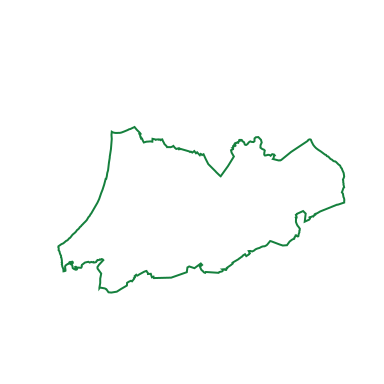 Kombo North, Banjul, Gambia (orthographic projection), rotated 339°
{"feature_id": "56634734B65078205245432", "entity_name": "Kombo North", "entity_type": "district", "adm_level": 2, "iso_a3": "GMB", "parent_name": "Gambia", "parent_adm1": "Banjul", "projection": "orthographic", "projection_center": [-16.683, 13.381], "detail": "fine", "context": "isolated", "style": "outline", "palette": "green", "viewbox_px": 384, "rotation_deg": 339, "n_neighbors": 0, "source": "geoboundaries", "source_scale": "gbopen_adm2", "svg_char_len": 6026}
<svg xmlns="http://www.w3.org/2000/svg" viewBox="0 0 384 384"><g transform="rotate(339 192 192)"><path d="M323.4,256.1L330.3,256.4L331.0,254.6L331.3,254.2L331.7,252.4L331.6,251.0L332.3,247.6L331.8,246.0L332.7,245.1L334.7,242.6L335.7,242.2L336.1,239.3L336.6,238.2L336.6,237.3L337.2,235.8L337.3,234.6L338.7,233.2L339.6,232.1L340.4,228.6L340.2,225.3L340.3,223.8L339.8,222.6L339.7,220.4L338.6,218.7L337.3,215.7L336.7,214.8L335.7,214.3L334.9,213.4L334.4,212.2L333.1,210.7L331.9,207.7L330.8,206.9L330.4,205.4L329.6,204.8L326.8,200.3L325.1,198.0L323.6,195.6L322.8,193.8L322.1,191.6L321.7,188.2L321.7,185.8L321.6,185.6L320.9,185.1L320.3,185.0L319.5,185.0L318.9,185.3L318.1,185.8L317.7,185.9L298.9,190.1L286.7,194.1L285.6,194.1L285.5,193.9L284.2,193.6L279.4,190.2L280.2,189.7L281.8,187.3L282.3,187.4L282.1,186.5L280.6,185.5L280.0,185.5L279.1,186.1L278.3,186.3L278.0,185.6L277.1,184.9L276.2,184.5L274.7,184.4L273.2,184.1L272.8,183.1L273.5,181.4L274.8,179.3L274.2,178.1L273.0,177.1L271.8,175.1L272.8,172.8L274.8,170.8L275.1,168.0L273.6,164.5L271.2,163.8L269.6,164.4L268.5,167.0L267.3,167.4L265.3,166.4L264.7,165.7L263.7,165.7L262.3,166.3L261.1,167.1L259.6,167.5L258.7,167.1L258.3,166.5L258.4,164.2L257.4,162.9L257.3,161.8L257.0,161.2L256.3,160.9L256.3,161.3L256.1,161.5L255.8,161.4L255.1,160.5L254.8,160.4L254.6,160.5L254.4,160.8L254.3,161.5L253.6,161.7L253.2,162.0L252.8,162.6L252.5,162.4L252.5,162.0L252.3,161.8L251.8,161.9L251.6,162.2L251.0,162.2L250.4,162.2L250.0,161.8L249.6,162.0L249.4,162.7L248.9,162.7L249.0,163.9L249.2,164.1L249.2,164.3L248.5,164.5L247.6,163.6L247.3,163.9L246.8,163.9L246.5,164.7L246.4,165.2L245.7,165.3L246.1,165.8L245.7,166.7L243.4,167.0L243.1,169.4L243.8,173.9L234.9,180.7L224.4,187.6L223.9,186.8L221.7,182.1L221.4,181.2L217.2,171.8L216.6,166.0L216.3,160.9L214.7,161.1L214.4,160.4L213.8,159.6L212.5,160.5L211.0,156.8L210.1,157.2L209.6,157.3L208.8,154.6L206.4,155.3L205.6,154.1L204.7,154.0L204.7,153.7L204.2,153.5L203.7,152.9L196.3,147.3L196.2,147.7L195.1,147.4L195.3,146.4L194.5,146.3L193.1,146.3L192.7,146.1L192.7,145.9L191.9,144.7L191.1,142.3L189.8,142.6L188.1,142.5L185.5,141.4L184.8,141.2L184.6,140.0L183.4,137.2L183.4,136.2L183.1,133.8L183.1,132.3L181.5,132.3L181.6,131.8L179.9,131.4L179.9,131.0L177.8,130.3L176.8,130.3L176.5,129.7L174.2,128.2L173.0,130.8L171.2,129.8L169.1,129.2L167.5,128.7L164.8,128.5L164.5,126.4L164.5,124.2L163.6,124.0L163.7,122.6L163.9,122.5L163.9,122.1L163.6,122.0L163.9,120.2L163.7,119.0L164.8,119.1L164.5,118.0L162.8,114.2L161.6,110.7L157.0,111.1L155.8,110.9L154.2,111.1L150.5,111.2L147.6,111.2L146.1,111.0L142.1,109.6L140.6,108.8L139.5,108.0L138.7,107.0L137.3,109.8L136.1,113.7L131.7,122.9L127.8,129.7L127.5,130.5L125.0,134.8L121.4,141.7L119.7,143.9L118.1,146.8L116.6,149.0L116.1,148.8L112.6,153.7L109.3,157.8L106.8,160.5L102.8,165.3L99.9,168.1L90.0,176.1L89.3,176.4L87.8,177.7L86.3,178.4L83.7,180.5L81.9,181.4L79.6,182.4L78.0,183.2L77.1,183.5L76.3,184.1L74.5,184.7L73.5,185.5L71.7,186.2L70.9,186.4L69.5,187.4L67.7,188.2L66.1,188.7L64.9,189.2L62.3,190.8L61.4,191.2L60.8,191.2L59.0,192.2L58.1,192.5L57.1,192.5L53.5,193.8L51.4,193.9L47.9,194.8L47.4,195.6L47.5,196.3L47.1,197.6L46.6,198.5L47.0,200.0L46.7,201.7L46.7,203.3L46.9,204.6L46.5,205.7L46.3,206.0L46.5,206.7L46.0,209.2L45.4,210.9L45.1,211.2L45.3,211.6L45.0,212.4L44.5,212.9L44.5,214.1L44.2,215.1L44.3,217.8L43.6,220.0L44.6,220.2L45.6,220.2L45.9,219.6L46.7,216.3L47.6,215.3L50.4,214.6L51.2,214.9L51.9,214.9L52.2,214.8L52.2,213.8L53.1,213.6L53.9,214.1L55.2,214.1L55.5,214.5L55.4,215.4L55.2,215.6L54.2,215.6L53.6,215.8L53.2,216.3L53.9,217.1L53.9,217.8L53.4,220.3L54.4,221.8L55.8,223.0L56.8,223.0L57.3,222.5L57.1,221.8L56.5,221.4L56.0,220.8L56.1,220.1L56.4,220.1L56.8,220.2L57.2,220.9L57.8,221.5L59.4,222.1L61.2,223.0L61.6,222.9L62.4,222.1L62.6,221.2L63.1,220.6L66.8,219.5L70.2,220.0L71.2,221.2L72.9,221.2L73.8,221.9L74.9,222.0L75.1,222.7L76.5,223.0L77.4,223.0L78.1,222.3L78.7,222.2L79.4,221.6L80.6,222.2L81.8,221.9L82.3,222.4L83.5,222.2L84.4,222.8L84.8,223.8L79.1,226.6L76.8,228.2L76.4,229.7L78.0,235.6L76.1,238.7L75.3,239.9L73.7,244.1L71.3,248.1L71.1,248.6L71.4,248.4L72.3,248.5L76.1,250.8L76.8,251.6L76.9,252.0L77.2,252.1L78.1,255.7L80.7,257.0L86.1,258.1L91.0,257.1L97.7,256.0L98.9,253.5L101.1,253.1L103.2,253.0L104.0,253.9L106.8,252.3L106.9,251.6L107.6,251.5L108.2,251.2L108.4,250.9L108.3,250.0L110.2,249.3L110.4,250.1L110.6,250.3L111.0,250.5L113.5,250.0L118.6,249.3L120.6,249.3L121.2,249.4L121.2,249.9L121.8,251.8L121.5,252.8L124.2,253.6L124.0,257.3L124.8,257.4L125.7,257.3L125.6,258.7L141.9,264.5L158.4,265.0L160.7,260.8L162.7,260.5L167.0,264.0L174.6,261.9L175.3,263.7L173.9,264.2L172.6,264.1L172.7,264.5L172.7,266.7L172.9,268.2L174.0,270.2L174.2,271.0L174.7,271.7L175.4,272.2L176.2,271.6L187.9,277.0L188.8,276.5L191.5,276.9L192.3,276.7L193.0,275.9L193.0,275.5L192.8,275.2L194.6,275.7L194.9,276.5L195.9,277.0L196.2,276.8L196.4,276.1L196.7,275.8L197.1,275.8L197.0,275.5L197.4,275.3L202.3,274.1L204.4,273.4L204.4,272.6L205.1,272.4L211.3,271.4L212.2,271.0L212.6,271.0L215.0,270.3L215.5,270.3L216.2,270.0L216.5,269.6L219.2,269.1L219.7,271.3L223.0,270.6L223.1,270.3L224.0,270.0L223.8,267.5L225.2,267.9L227.0,269.1L229.0,268.9L230.7,268.3L232.7,268.2L235.0,268.4L237.2,268.1L238.8,268.2L239.4,268.4L240.4,268.7L242.2,268.5L243.2,268.2L247.4,265.8L248.4,266.5L255.0,272.4L257.6,274.5L261.6,275.7L265.4,273.2L266.9,272.8L267.6,272.5L269.6,272.2L270.3,272.4L270.8,272.2L271.2,271.3L271.9,270.8L272.2,270.8L272.5,270.6L273.2,269.6L273.8,269.8L273.9,270.4L274.8,271.4L275.4,271.4L275.6,271.1L276.6,269.4L277.9,268.0L278.2,266.8L278.7,266.5L279.5,264.9L278.9,262.4L278.5,261.4L278.3,259.8L278.3,257.2L279.6,254.0L279.9,253.9L279.8,253.0L280.7,252.9L280.8,250.6L281.7,250.5L282.0,250.3L282.1,250.0L288.9,249.6L290.4,252.9L286.6,260.1L289.8,259.9L290.3,259.9L291.5,259.8L292.1,259.4L292.7,259.0L292.6,257.8L293.3,257.7L294.0,258.0L295.1,257.9L296.1,257.9L296.5,258.3L296.8,258.0L298.5,257.5L298.2,257.2L298.3,256.9L299.2,256.6L301.2,256.7L304.7,256.1L323.0,255.8L323.4,256.1Z" fill="none" stroke="#15803d" stroke-width="2"/></g></svg>